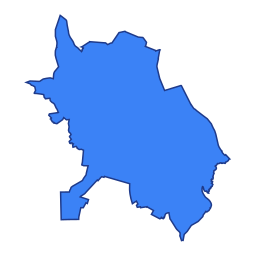 Hamilton City, Waikato, New Zealand (Robinson projection)
{"feature_id": "76426892B9049934298416", "entity_name": "Hamilton City", "entity_type": "district", "adm_level": 2, "iso_a3": "NZL", "parent_name": "New Zealand", "parent_adm1": "Waikato", "projection": "robinson", "projection_center": [175.284, -37.773], "detail": "fine", "context": "isolated", "style": "filled", "palette": "blue", "viewbox_px": 256, "rotation_deg": 0, "n_neighbors": 0, "source": "geoboundaries", "source_scale": "gbopen_adm2", "svg_char_len": 5550}
<svg xmlns="http://www.w3.org/2000/svg" viewBox="0 0 256 256"><path d="M60.8,202.1L61.2,219.7L68.4,219.5L78.7,219.4L78.8,217.0L80.8,207.7L83.3,207.7L86.0,202.8L87.3,203.5L88.5,199.6L80.2,196.9L80.8,196.2L84.4,193.9L85.0,193.4L86.1,192.1L97.3,180.0L98.0,180.7L100.3,178.1L100.8,177.5L101.1,177.3L101.7,176.7L104.0,177.3L104.5,176.4L129.7,183.7L129.6,188.3L129.6,189.7L129.7,191.1L130.0,193.8L130.3,195.4L130.9,198.5L132.4,203.7L136.4,201.1L137.9,204.0L136.5,205.3L137.3,207.3L140.4,206.8L140.6,207.7L147.0,206.7L147.0,207.2L147.5,207.1L153.5,210.5L151.4,214.4L159.8,218.8L160.8,218.4L161.3,217.4L162.2,218.3L163.2,218.7L163.5,218.1L163.3,218.0L163.4,217.7L163.8,217.9L164.1,217.2L164.4,217.4L165.2,214.6L165.9,213.6L167.6,212.9L168.9,212.7L170.0,218.9L170.2,219.2L170.3,219.2L174.4,225.7L174.9,226.5L175.8,228.0L176.8,229.4L179.3,231.8L179.9,232.6L180.1,233.6L180.0,235.7L179.9,235.7L179.9,235.8L180.0,235.8L180.0,236.0L181.5,240.6L182.5,240.3L183.1,240.4L184.2,234.4L187.2,231.4L191.3,225.4L198.2,221.4L202.8,216.6L203.3,214.8L204.7,213.1L205.8,211.4L206.8,212.0L207.0,211.8L208.2,211.0L208.8,210.6L209.1,210.3L209.5,209.5L210.3,208.4L210.5,208.0L210.4,207.8L210.6,207.8L210.9,207.0L211.4,205.4L211.4,204.7L211.2,203.7L210.8,202.7L210.4,202.0L209.7,200.9L209.3,200.5L209.2,200.3L209.1,200.2L208.0,199.2L206.0,197.6L205.3,197.0L204.9,196.4L203.3,193.9L202.5,192.2L202.2,191.5L202.1,190.7L202.0,189.0L202.1,188.2L202.2,187.6L202.5,186.6L202.8,186.7L203.0,186.8L203.4,187.8L203.6,188.3L203.6,189.0L203.7,189.3L204.0,189.9L204.4,190.9L204.8,191.1L205.4,191.3L206.2,191.1L206.8,191.1L206.9,191.3L207.0,192.0L207.2,192.5L207.9,193.0L208.3,193.1L208.5,193.1L208.3,192.8L208.3,192.6L208.5,192.3L208.5,191.8L208.6,191.7L209.0,191.5L209.1,191.3L209.0,190.8L209.2,190.5L209.0,190.3L208.9,190.1L209.4,189.9L209.5,189.7L209.3,189.3L209.2,189.2L209.6,188.8L210.3,188.7L210.5,188.6L210.5,188.3L210.4,188.2L210.5,187.7L211.0,187.6L210.8,187.2L211.1,186.8L212.0,186.5L212.2,186.3L212.3,186.1L212.2,185.6L212.5,185.2L212.5,184.9L212.8,184.7L212.5,184.4L212.6,184.1L212.5,183.9L212.1,183.5L211.6,183.2L212.2,182.8L212.2,182.5L212.5,182.1L212.6,181.8L212.6,181.6L212.0,181.7L211.7,181.3L211.3,181.1L211.4,180.9L211.7,180.3L211.6,180.1L211.3,179.9L211.2,179.7L211.6,179.1L212.0,179.2L212.6,179.2L213.0,179.0L213.1,178.3L213.1,177.9L213.0,177.7L213.2,177.3L213.2,177.1L212.9,176.8L212.9,176.3L213.2,175.9L213.2,175.6L213.3,175.2L213.5,174.6L213.7,174.3L213.7,174.0L214.0,173.5L214.1,173.3L214.1,173.2L213.7,173.0L213.6,172.8L213.6,172.3L213.8,171.9L213.8,171.3L213.9,171.1L213.8,170.9L214.0,170.6L214.8,170.5L214.9,170.4L215.0,170.0L215.2,169.9L215.4,169.6L215.8,169.5L215.9,169.3L216.0,169.3L216.4,168.4L216.3,167.6L216.0,167.2L215.9,166.6L215.2,166.2L215.3,165.8L215.4,165.7L216.0,165.7L216.3,165.4L216.4,165.1L216.9,164.7L217.1,164.4L217.3,163.8L217.6,163.5L217.9,163.5L218.4,163.7L218.7,163.6L219.1,163.5L219.5,163.4L219.8,163.0L220.3,162.8L220.6,162.9L221.2,163.3L221.3,163.3L221.3,163.2L221.1,162.9L221.3,162.9L221.7,163.0L222.3,163.3L222.6,163.3L222.9,163.0L223.1,163.0L223.5,163.1L224.0,163.1L224.6,163.3L225.1,163.4L225.4,163.1L225.4,162.6L225.6,162.2L225.9,162.0L226.6,161.9L227.1,161.4L227.7,161.1L228.1,160.7L228.4,160.5L228.5,160.1L228.9,159.5L229.0,159.3L229.2,159.1L229.7,159.0L225.7,154.7L225.0,155.3L224.3,154.8L222.6,153.0L221.7,151.4L222.0,151.1L220.6,149.6L219.0,146.9L218.3,145.2L218.1,144.3L215.8,134.2L214.7,130.8L213.1,127.8L211.8,125.0L211.5,124.2L211.2,123.7L207.3,118.8L206.5,118.2L204.2,116.5L196.9,110.9L195.1,109.3L194.0,108.7L193.1,107.6L191.0,104.4L190.9,104.5L181.4,85.7L181.0,85.5L164.6,90.5L159.7,78.5L156.9,66.8L157.0,65.1L158.4,58.8L158.2,58.5L159.6,50.8L160.1,49.9L159.6,49.7L155.6,51.0L155.4,50.4L145.3,46.4L145.8,45.4L146.5,42.3L143.5,38.2L142.8,37.5L138.3,37.1L125.6,31.8L125.3,31.6L125.0,31.3L119.0,32.6L112.0,42.9L110.4,43.2L107.7,44.6L105.6,42.9L89.9,41.7L90.0,41.9L88.2,42.7L82.4,46.5L81.4,46.9L82.4,47.2L82.7,47.4L83.4,48.0L83.3,48.3L83.2,48.6L82.9,48.6L82.7,48.5L82.6,48.9L82.1,49.5L82.2,50.0L82.3,50.2L82.2,50.5L81.9,51.1L81.5,51.6L80.8,50.8L79.3,49.5L78.2,48.2L77.3,47.5L75.5,46.2L74.9,45.6L74.1,44.2L73.4,42.3L72.6,40.8L70.2,37.3L69.3,35.4L68.9,34.3L68.6,33.1L68.4,31.2L68.0,29.4L67.2,25.2L66.7,21.4L66.5,20.6L66.2,20.1L65.2,19.2L63.0,17.5L61.2,16.1L60.2,15.4L55.4,29.6L55.4,36.3L56.8,41.3L57.0,42.9L56.9,44.6L56.6,46.3L56.9,47.3L56.4,47.5L55.4,50.7L55.3,52.5L55.3,55.2L56.0,58.2L58.6,66.8L54.6,71.6L54.0,72.9L53.7,74.0L53.3,78.7L50.2,77.9L49.1,78.0L46.2,78.4L43.4,79.0L42.9,79.2L39.9,81.2L39.4,81.4L30.0,81.0L26.3,82.4L30.1,83.8L31.4,85.2L32.8,85.6L34.8,86.8L35.6,90.4L34.2,93.1L34.5,93.4L36.6,93.5L41.2,94.1L43.7,94.6L44.2,97.3L44.7,97.7L45.4,98.8L49.5,98.3L50.0,98.4L50.2,100.5L50.4,100.8L52.0,102.4L52.4,102.6L53.6,103.3L54.5,104.3L56.1,107.9L57.2,109.5L58.1,112.1L58.4,112.3L58.1,112.6L49.4,113.9L48.8,115.2L51.4,118.0L50.8,118.6L51.1,118.6L51.0,119.7L52.3,121.7L52.6,121.6L53.0,122.2L54.0,122.5L53.8,123.0L56.9,123.7L62.7,119.6L63.7,117.6L66.4,119.8L69.2,119.5L68.4,123.5L69.1,126.8L68.5,130.3L69.1,132.2L70.4,133.3L71.0,134.4L71.0,134.7L69.6,136.3L69.5,136.8L71.3,139.3L69.2,141.4L69.7,143.1L70.3,143.5L70.8,143.0L71.9,142.9L72.3,143.2L72.2,143.8L73.3,143.9L72.8,145.0L72.7,145.7L73.0,147.2L76.1,146.4L77.3,147.9L77.2,148.3L79.2,149.5L81.6,149.3L82.2,149.7L83.5,150.2L82.4,162.1L81.9,164.3L81.8,164.9L83.7,165.7L88.1,165.8L86.3,173.3L86.1,174.8L83.5,178.5L82.7,180.1L82.0,180.8L72.6,186.2L71.1,187.4L70.4,189.4L69.9,190.1L69.3,192.0L60.6,192.1L60.8,202.1Z" fill="#3b82f6" stroke="#1e3a8a" stroke-width="1.5"/></svg>